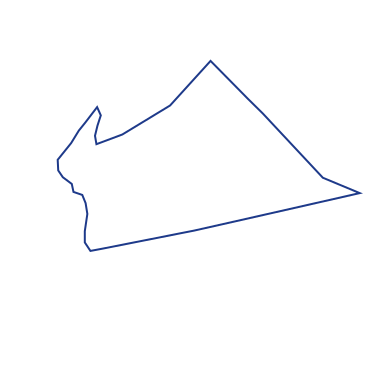 outline of Telha, Sergipe, Brazil, rotated 221°
{"feature_id": "56859067B37767461390703", "entity_name": "Telha", "entity_type": "district", "adm_level": 2, "iso_a3": "BRA", "parent_name": "Brazil", "parent_adm1": "Sergipe", "projection": "albers", "projection_center": [-36.872, -10.187], "detail": "fine", "context": "isolated", "style": "outline", "palette": "blue", "viewbox_px": 384, "rotation_deg": 221, "n_neighbors": 0, "source": "geoboundaries", "source_scale": "gbopen_adm2", "svg_char_len": 545}
<svg xmlns="http://www.w3.org/2000/svg" viewBox="0 0 384 384"><g transform="rotate(221 192 192)"><path d="M317.7,164.1L315.3,149.6L314.5,128.2L307.1,120.5L299.2,118.4L288.0,119.2L281.5,114.3L272.9,117.8L265.0,113.8L256.6,106.8L247.2,92.1L239.8,83.6L230.0,80.9L222.4,90.5L173.0,154.1L165.2,164.1L122.4,222.4L64.7,301.2L102.6,288.6L177.6,296.4L190.0,297.7L210.9,299.0L264.0,303.1L265.3,242.9L282.3,189.7L295.5,165.4L302.1,170.8L306.9,180.1L311.1,190.0L319.3,193.8L318.1,174.5L317.7,164.1Z" fill="none" stroke="#1e3a8a" stroke-width="2"/></g></svg>